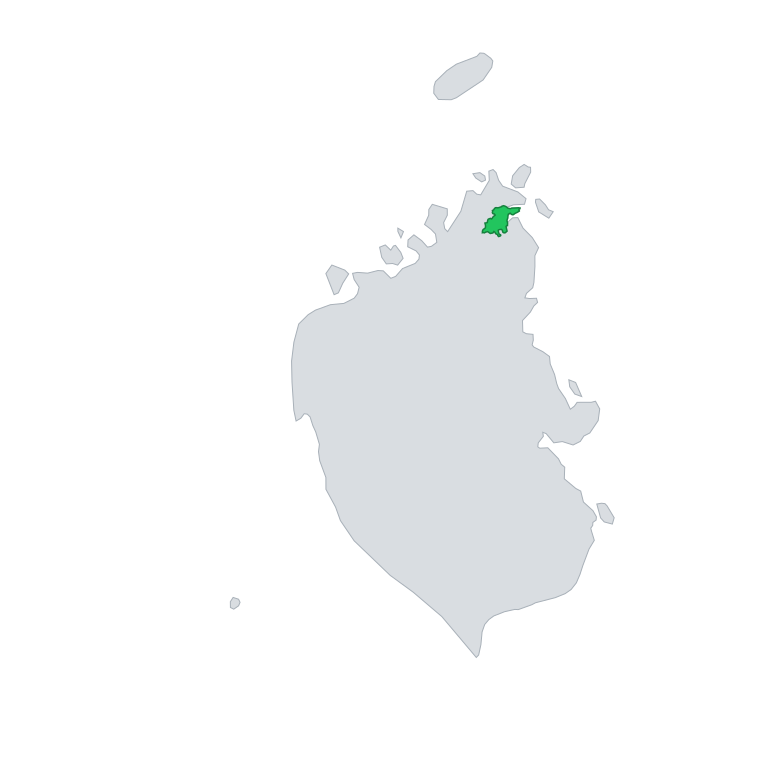 Yeongam-gun, South Jeolla, South Korea (highlighted), rotated 163°
{"feature_id": "91817680B36456413113015", "entity_name": "Yeongam-gun", "entity_type": "district", "adm_level": 2, "iso_a3": "KOR", "parent_name": "South Korea", "parent_adm1": "South Jeolla", "projection": "mercator", "projection_center": [126.62, 34.807], "detail": "fine", "context": "in_parent", "style": "filled", "palette": "green", "viewbox_px": 768, "rotation_deg": 163, "n_neighbors": 0, "source": "geoboundaries", "source_scale": "gbopen_adm2", "svg_char_len": 4765}
<svg xmlns="http://www.w3.org/2000/svg" viewBox="0 0 768 768"><g transform="rotate(163 384 384)"><path d="M225.8,187.7L228.4,185.7L228.6,182.7L228.6,173.0L236.2,166.2L246.9,152.3L252.2,144.7L258.2,137.6L265.1,132.8L271.9,130.6L282.6,129.6L303.2,130.5L307.2,129.7L321.5,129.0L324.9,130.2L335.3,131.0L346.8,130.1L352.6,128.1L358.0,124.6L362.7,118.2L367.5,106.5L372.7,97.2L375.7,95.5L396.7,144.7L416.9,176.3L434.0,199.1L458.4,242.8L465.6,266.1L466.3,280.5L470.3,300.3L466.9,311.6L467.9,329.4L466.4,338.5L463.4,345.2L463.3,358.1L464.2,365.0L464.3,374.1L466.2,377.6L469.0,378.9L473.5,375.6L478.9,374.3L477.9,385.2L471.4,412.8L465.7,432.9L457.9,450.4L448.0,466.3L436.2,472.5L427.9,474.7L412.0,475.5L398.8,472.8L387.4,474.8L382.9,478.1L379.5,483.8L382.0,492.6L381.7,499.0L376.8,498.5L367.2,494.8L356.6,494.3L351.6,492.4L346.6,483.1L341.4,483.5L332.5,489.0L318.9,490.2L314.1,493.2L312.4,497.0L314.4,501.9L321.2,508.3L318.9,514.7L311.8,517.9L306.0,510.0L302.4,502.2L298.4,501.8L292.1,504.0L290.9,512.4L293.8,518.1L298.6,524.7L291.9,532.3L290.1,537.8L285.3,541.7L272.3,533.0L274.1,526.9L279.8,520.9L280.5,514.8L278.6,511.1L260.0,526.7L248.5,544.2L242.4,542.9L239.8,538.4L236.2,536.6L223.8,547.9L221.5,556.9L217.0,557.2L215.0,553.4L214.8,545.3L212.7,538.5L199.8,528.5L194.0,519.7L197.1,514.8L207.8,517.5L216.4,517.1L214.7,513.0L211.9,511.0L217.6,508.7L222.3,503.9L218.4,502.6L212.4,505.3L207.4,504.0L205.5,492.5L199.4,480.7L196.3,469.2L202.2,462.6L205.3,452.3L210.9,437.4L213.6,432.6L221.3,429.0L224.1,425.2L219.9,423.2L213.1,421.4L213.3,417.1L217.9,414.8L223.0,410.0L233.0,404.2L236.0,393.3L233.2,390.5L227.0,387.9L228.4,382.3L230.9,378.1L230.0,375.6L222.6,368.4L217.7,361.9L219.2,354.5L218.1,343.2L218.7,333.8L218.4,328.6L214.8,317.1L213.2,305.4L208.5,307.1L204.7,310.0L191.1,305.9L186.8,305.7L185.0,297.1L189.9,286.4L201.5,277.0L208.1,275.8L213.1,271.7L221.0,270.4L230.3,276.8L238.8,278.1L243.4,289.1L246.3,291.4L246.9,287.4L253.7,282.6L255.3,279.0L253.9,277.1L246.0,275.1L239.0,261.4L238.0,255.4L235.5,251.6L239.3,240.6L231.2,228.1L227.2,224.1L227.8,212.8L223.5,205.6L221.2,201.7L219.7,194.9L221.0,191.8L224.7,190.6L225.8,187.7ZM199.4,670.2L195.5,672.5L191.9,671.1L190.9,670.1L186.6,664.2L185.5,661.1L188.4,655.3L200.3,645.8L231.1,636.6L236.6,636.2L248.8,640.2L251.4,647.5L249.2,653.9L246.4,658.1L232.3,665.3L221.3,668.7L199.4,670.2ZM407.3,506.6L399.1,513.0L388.2,504.4L385.6,499.6L393.9,492.5L401.0,484.5L405.6,484.0L407.3,506.6ZM349.1,505.8L348.2,516.1L342.1,516.6L338.4,510.0L334.6,513.2L332.5,513.2L329.5,505.0L329.0,498.6L336.2,493.7L340.5,496.7L346.7,498.2L349.1,505.8ZM191.3,551.4L185.8,553.0L182.7,549.4L180.5,548.4L181.8,543.7L190.8,534.4L192.5,531.2L200.8,533.1L203.9,538.0L200.1,545.5L191.3,551.4ZM216.0,192.6L215.6,207.0L210.9,206.4L207.7,205.0L206.3,202.2L203.0,188.8L206.6,183.3L213.7,187.7L216.0,192.6ZM186.0,513.6L184.9,516.2L181.1,515.4L177.3,508.2L175.7,502.5L171.8,499.3L177.9,494.4L185.7,503.3L186.0,513.6ZM207.2,327.0L206.0,334.0L200.3,329.4L198.6,314.2L204.5,318.6L207.2,327.0ZM594.6,220.7L590.7,224.0L586.0,220.7L585.5,217.3L587.9,214.4L593.5,212.6L596.2,215.2L594.6,220.7ZM236.0,554.1L237.5,559.1L230.5,558.1L226.8,553.4L227.3,549.3L231.5,548.7L236.0,554.1ZM326.1,525.8L325.2,529.0L320.8,524.1L325.1,518.8L326.1,525.8Z" fill="#d9dde1" stroke="#a8b0b8" stroke-width="1"/><path d="M244.0,499.2L242.0,499.5L240.3,499.4L239.2,498.0L238.4,496.9L237.5,496.8L235.7,496.6L234.3,497.7L233.5,496.5L233.3,495.1L231.8,493.7L231.8,492.6L231.3,491.5L230.1,491.4L229.0,491.8L228.9,492.7L229.8,493.4L230.1,494.1L230.1,495.0L230.0,496.0L230.0,497.2L229.6,497.8L228.4,497.9L226.6,497.6L225.9,496.5L226.0,495.2L225.9,494.2L225.0,493.4L223.7,493.2L222.7,493.7L221.6,494.2L221.5,495.6L221.4,497.2L221.2,499.0L220.3,499.6L219.6,499.4L218.7,502.0L218.7,504.0L218.1,505.3L217.3,506.2L216.9,507.0L216.3,508.6L215.5,510.0L213.4,510.5L212.6,509.0L211.7,508.3L210.8,508.1L208.6,508.9L206.9,509.1L205.3,509.4L205.0,509.7L204.7,509.7L204.4,509.7L204.0,509.8L203.9,510.2L204.0,510.6L204.1,511.1L203.7,511.5L203.4,511.8L202.8,511.8L202.6,512.2L202.4,512.5L203.2,512.9L203.4,512.8L203.8,513.2L207.0,514.0L210.3,514.9L211.6,514.7L212.5,515.0L214.3,516.1L214.7,516.9L215.3,517.7L215.8,518.3L217.4,519.5L219.2,519.6L219.5,519.2L222.4,519.1L223.7,519.2L225.0,519.8L225.9,520.0L227.1,519.5L228.1,518.5L229.6,518.2L229.6,517.5L229.8,516.9L230.2,516.5L230.2,515.5L229.7,514.7L228.9,514.5L228.4,513.6L228.4,512.9L229.1,512.7L230.7,512.0L231.5,511.4L232.3,510.6L233.1,510.5L233.6,511.2L234.2,511.3L235.1,511.2L236.0,511.2L236.7,510.6L237.6,509.1L238.0,508.2L239.1,508.2L240.4,508.4L240.5,507.6L240.5,506.4L241.0,504.6L241.2,504.1L241.7,503.5L242.9,503.1L243.9,502.8L244.6,502.2L245.2,501.4L245.7,499.9L244.9,499.9L244.0,499.2Z" fill="#22c55e" stroke="#15803d" stroke-width="1.5"/></g></svg>